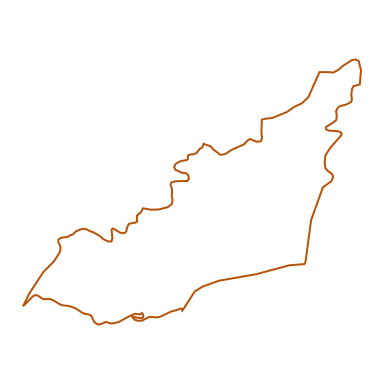 the border of Lahij
{"feature_id": "YEM-157", "entity_name": "Lahij", "entity_type": "Governorate", "adm_level": 1, "iso_a3": "YEM", "parent_name": "Yemen", "parent_adm1": "", "projection": "orthographic", "projection_center": [44.466, 13.315], "detail": "fine", "context": "isolated", "style": "outline", "palette": "amber", "viewbox_px": 384, "rotation_deg": 0, "n_neighbors": 0, "source": "natural_earth", "source_scale": "10m", "svg_char_len": 2364}
<svg xmlns="http://www.w3.org/2000/svg" viewBox="0 0 384 384"><path d="M182.3,310.7L181.7,308.7L180.9,308.5L176.6,310.1L171.4,311.4L159.7,317.0L155.7,317.4L152.1,317.0L148.7,317.1L142.0,320.7L138.0,320.8L134.5,319.6L132.4,317.0L134.9,317.2L139.3,318.0L141.8,318.2L143.3,317.0L143.2,314.5L142.0,313.0L139.9,314.5L135.2,313.8L129.4,316.2L118.8,322.0L113.6,323.3L110.6,323.5L106.0,321.9L100.6,324.2L97.9,324.5L94.4,322.2L91.2,315.7L88.6,314.4L84.9,313.8L81.9,312.5L76.9,309.2L74.0,307.7L70.6,306.5L66.8,305.7L62.8,305.4L60.3,304.5L53.4,300.4L49.8,299.0L43.5,299.1L41.8,298.4L39.0,296.3L37.3,295.4L35.7,295.1L33.3,296.0L23.0,306.3L29.6,293.0L43.5,271.8L53.8,261.6L60.0,252.0L60.6,247.9L59.8,244.9L58.4,242.6L58.4,239.7L60.8,237.8L67.2,237.0L69.9,235.5L73.1,234.2L75.9,231.4L79.4,229.8L82.9,228.8L86.5,229.3L89.9,231.1L93.2,232.2L99.8,236.0L103.3,239.1L108.1,241.4L111.4,241.5L112.4,238.6L111.6,229.6L113.0,228.4L120.0,232.6L124.3,233.3L126.3,231.4L127.0,227.6L128.8,224.0L131.2,223.3L135.1,222.7L137.2,221.4L136.9,218.7L136.9,215.7L138.6,214.1L140.8,212.4L143.1,208.3L150.7,209.7L158.4,209.5L167.7,207.2L171.9,204.0L172.6,199.7L171.7,196.1L172.1,191.4L171.8,188.2L170.5,184.8L171.5,182.4L175.6,181.2L187.1,181.0L188.9,178.9L188.5,175.7L186.4,173.3L181.2,172.6L178.7,171.2L175.6,169.9L174.1,167.1L175.5,164.1L178.3,162.2L181.6,160.9L186.6,160.1L187.9,159.0L188.0,157.6L187.8,156.4L188.5,155.1L190.7,154.4L193.2,154.4L196.2,153.2L198.1,151.0L199.7,148.8L202.1,147.7L203.6,143.8L210.8,146.4L213.2,149.4L220.6,154.9L225.4,154.0L231.8,149.7L244.0,144.4L247.1,141.0L249.8,139.0L257.0,141.8L261.0,141.2L262.1,137.5L261.4,133.0L261.8,119.6L266.1,118.6L271.8,118.1L286.7,112.1L294.6,106.7L302.2,103.1L308.5,96.9L319.5,72.1L330.1,72.2L333.0,72.7L338.6,69.7L342.6,66.1L351.8,60.1L355.9,59.5L358.7,61.1L361.0,70.4L359.8,84.5L353.3,86.3L352.0,89.2L351.3,95.1L351.9,98.9L351.4,101.6L348.9,103.2L346.1,104.6L339.6,106.2L337.4,108.4L336.0,111.3L336.7,114.3L336.6,117.3L336.3,120.0L332.9,122.7L326.0,127.0L326.1,129.4L328.7,130.6L337.7,131.2L340.9,132.4L341.8,134.1L340.1,136.7L330.2,147.9L325.3,155.6L324.7,163.0L325.4,168.2L328.0,171.1L330.6,172.8L332.7,174.9L333.0,177.1L331.5,181.1L322.9,187.3L311.1,220.1L305.5,262.0L304.5,263.8L304.4,264.1L289.2,265.3L256.3,274.2L219.0,280.7L202.6,286.6L194.8,291.4L182.4,310.6L182.3,310.7Z" fill="none" stroke="#b45309" stroke-width="2"/></svg>